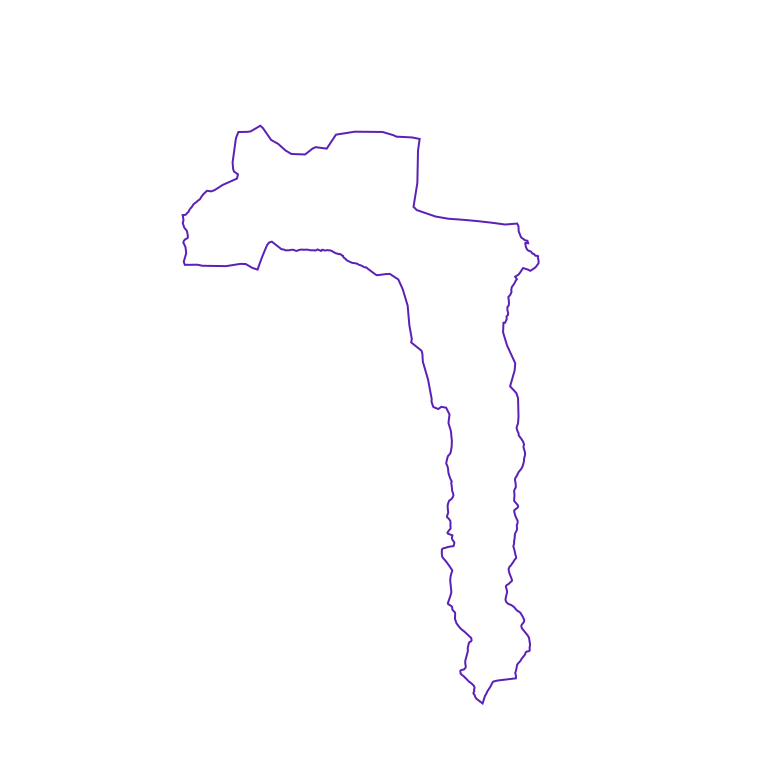 the district of Pietrosita, Dâmbovita, Romania, rotated 209°
{"feature_id": "2599482B72915231289183", "entity_name": "Pietrosita", "entity_type": "district", "adm_level": 2, "iso_a3": "ROU", "parent_name": "Romania", "parent_adm1": "Dâmbovita", "projection": "albers", "projection_center": [25.417, 45.214], "detail": "fine", "context": "isolated", "style": "outline", "palette": "violet", "viewbox_px": 768, "rotation_deg": 209, "n_neighbors": 0, "source": "geoboundaries", "source_scale": "gbopen_adm2", "svg_char_len": 6154}
<svg xmlns="http://www.w3.org/2000/svg" viewBox="0 0 768 768"><g transform="rotate(209 384 384)"><path d="M632.5,467.2L634.0,462.4L634.4,459.9L634.5,458.6L634.5,457.2L634.7,456.0L635.9,453.6L636.1,452.3L637.1,450.7L637.8,448.4L637.9,447.5L637.8,446.5L638.4,443.6L638.6,442.1L638.5,439.4L639.0,438.4L639.3,436.5L639.9,435.5L642.0,434.1L641.0,433.0L638.8,430.1L638.5,429.2L638.3,427.6L637.8,427.0L634.6,424.0L631.2,422.6L630.3,422.0L627.7,418.9L626.7,417.1L626.6,416.5L626.6,416.2L627.8,414.5L628.4,412.7L628.4,411.9L628.1,410.5L627.7,410.0L627.0,409.7L623.9,407.4L620.4,402.5L618.4,393.8L616.0,391.7L604.9,397.9L600.1,399.4L579.3,410.5L567.9,419.4L563.1,421.9L555.5,421.7L550.0,422.8L551.2,429.5L552.2,436.2L553.0,442.9L553.6,448.8L553.1,452.0L551.1,454.1L539.0,452.2L538.5,452.3L537.2,453.0L534.9,453.2L531.9,454.9L531.0,455.6L530.3,456.3L528.6,457.3L527.8,457.6L526.3,457.6L524.9,458.1L523.3,460.0L521.5,461.5L519.9,462.2L516.2,464.3L514.7,464.9L513.1,465.3L510.2,467.0L508.9,467.3L508.2,468.0L507.8,468.9L507.3,469.5L506.0,469.5L505.1,469.8L504.0,469.7L503.5,469.9L503.3,470.4L503.3,471.3L503.1,471.4L502.2,471.8L501.0,471.9L499.9,472.4L498.4,473.7L497.2,474.1L495.9,474.7L494.0,475.1L492.7,474.9L489.1,475.0L488.4,475.4L486.5,475.6L485.9,476.2L484.9,476.4L483.7,476.3L483.4,476.0L483.0,476.0L482.3,476.2L481.9,476.2L481.3,475.5L480.9,475.2L479.8,474.9L478.6,474.8L476.7,474.2L474.5,474.2L470.7,474.5L466.1,476.2L463.9,476.1L461.3,476.6L457.8,476.6L455.8,477.4L454.5,477.0L444.6,475.7L443.2,475.7L442.2,476.2L436.9,480.1L435.7,481.1L434.6,481.6L432.4,483.1L422.2,482.4L413.6,476.0L401.3,464.0L390.4,447.8L381.6,437.0L380.3,433.5L367.3,431.3L365.2,429.2L360.8,422.3L347.7,409.3L335.0,394.0L334.0,391.8L331.6,389.4L329.6,387.8L324.4,388.4L322.8,391.8L318.2,393.4L311.9,389.1L309.6,383.3L308.6,381.0L303.3,375.9L301.5,373.7L300.0,371.3L297.2,367.4L294.5,362.1L292.7,357.1L292.5,355.8L292.5,354.4L293.1,352.3L292.7,349.8L292.1,348.0L291.7,346.3L291.0,344.6L288.7,342.9L286.6,340.6L285.2,338.3L283.3,336.2L279.5,332.9L277.4,331.5L277.2,329.9L275.9,328.4L272.4,323.4L270.2,321.5L269.3,320.3L269.0,318.3L269.1,316.6L269.5,315.4L270.2,314.1L270.4,313.2L270.0,310.4L269.3,308.3L268.0,306.2L265.5,302.7L264.8,298.9L264.4,298.2L262.5,297.7L259.7,296.5L258.5,294.8L257.3,292.4L255.8,290.2L255.8,289.1L256.1,287.9L256.4,285.8L256.3,284.5L255.6,284.1L250.9,284.8L250.6,284.6L250.2,282.6L249.5,281.7L248.1,280.6L246.6,280.1L245.6,279.4L245.0,277.8L244.6,275.9L247.3,273.9L249.1,272.4L251.2,270.1L252.5,269.0L253.1,268.0L253.0,267.0L251.1,263.5L249.4,261.2L247.7,260.3L243.5,258.8L238.6,256.5L234.1,254.2L233.6,253.3L233.3,251.0L232.5,248.2L231.6,245.8L230.5,243.7L224.2,234.7L223.3,231.3L221.9,223.3L221.6,222.8L220.7,222.6L217.5,222.4L216.8,222.3L215.7,221.2L215.0,220.0L213.7,219.4L211.2,218.6L210.5,217.8L208.0,212.9L204.5,209.8L200.2,207.9L197.9,207.1L193.2,206.3L184.5,204.1L183.1,202.2L183.2,200.9L184.1,199.7L184.1,198.5L182.9,194.0L181.1,190.9L178.7,181.2L177.2,178.6L175.7,176.9L175.3,176.0L175.2,174.7L175.6,173.4L176.0,172.8L177.8,171.2L178.1,170.5L178.1,170.0L177.7,169.3L176.8,168.2L176.2,167.6L171.9,166.9L170.6,166.4L169.1,166.1L165.8,165.0L162.1,164.5L158.8,163.5L157.4,162.1L157.3,161.7L157.2,160.8L157.0,160.1L156.1,159.1L156.1,157.5L155.7,156.7L155.3,156.4L154.1,156.0L152.3,154.4L150.5,153.5L142.9,152.4L144.5,160.4L144.5,160.8L144.3,161.9L144.3,162.5L144.5,164.0L144.6,165.2L144.2,170.6L144.4,175.8L144.1,176.8L140.8,179.8L126.0,190.5L126.6,192.1L129.2,195.0L129.4,196.4L130.0,198.7L131.1,201.9L131.4,203.2L131.3,204.7L130.7,206.7L130.5,207.8L130.4,209.6L130.4,211.0L129.6,214.8L129.6,216.5L129.9,217.4L129.9,218.1L129.4,219.2L127.6,220.8L127.4,221.4L127.9,222.6L128.9,224.0L129.3,225.6L129.9,226.9L134.1,232.3L136.3,233.7L145.0,237.2L146.2,238.4L146.8,239.5L146.8,240.2L146.4,242.9L146.3,244.0L146.7,245.0L147.3,245.9L150.4,248.1L154.0,250.1L155.4,250.3L157.6,250.3L160.5,251.3L161.8,251.9L165.4,252.4L168.7,251.9L171.2,252.5L172.2,253.2L173.1,254.2L173.7,255.5L175.4,261.6L175.8,262.3L179.2,265.9L179.3,266.8L179.1,267.8L178.1,269.4L176.7,273.9L176.8,274.3L177.9,275.4L182.8,279.5L184.3,281.1L185.3,282.6L185.5,283.7L185.6,285.1L185.1,286.7L184.7,290.5L184.5,294.1L184.1,295.5L184.2,296.1L184.6,296.8L186.1,298.2L189.4,302.0L191.5,304.0L192.2,304.8L193.0,307.9L193.9,309.2L194.8,312.1L196.1,314.8L196.7,316.3L196.9,317.6L197.0,320.6L197.4,321.8L199.4,324.8L199.7,326.9L200.3,328.3L200.9,329.2L204.1,331.4L206.1,333.2L208.6,336.0L208.8,336.6L208.7,337.3L207.3,340.3L207.2,340.9L207.3,341.8L207.7,342.5L208.5,343.0L213.2,344.7L213.9,345.5L214.6,346.9L215.6,349.3L216.4,350.7L218.0,353.0L218.5,354.1L218.7,355.8L218.6,357.4L219.3,358.7L221.0,361.3L223.0,363.6L223.4,364.7L223.5,366.2L223.3,367.7L223.6,371.9L222.8,376.3L222.9,379.3L224.1,384.3L225.1,386.1L226.4,390.7L227.6,392.6L231.4,396.4L231.9,397.6L232.2,399.0L233.9,400.6L234.8,401.3L236.9,402.4L241.3,404.4L242.4,406.1L244.7,407.8L246.8,410.0L247.1,410.8L247.7,414.6L250.5,420.6L259.9,436.6L263.8,440.2L272.6,443.1L276.3,459.2L279.3,465.8L295.0,477.3L304.9,486.9L309.2,495.5L307.8,496.3L308.1,500.1L309.6,502.6L309.0,504.6L310.1,506.6L311.8,508.3L313.4,511.2L313.0,513.0L313.7,514.9L315.1,517.2L317.4,520.3L316.8,523.2L317.1,526.4L318.2,527.7L319.2,530.6L318.7,535.5L318.9,538.3L318.6,540.1L321.3,541.4L319.4,544.9L319.0,547.4L318.6,552.8L313.9,553.8L310.9,553.9L308.1,559.3L307.4,564.2L307.4,564.6L308.6,566.8L310.8,569.3L311.2,570.5L311.7,570.6L313.7,569.6L316.1,570.5L317.3,570.0L319.9,571.1L321.6,570.7L323.0,570.7L324.4,571.2L326.2,572.5L328.6,575.4L328.6,576.1L326.2,577.0L328.0,578.8L330.3,578.1L335.2,578.7L340.2,582.8L342.8,587.1L345.3,588.9L355.4,582.2L368.7,577.0L381.9,571.5L394.8,565.8L407.7,559.8L420.0,555.5L439.7,552.0L444.1,553.3L452.3,576.0L467.5,604.8L471.6,615.6L478.9,613.3L493.2,606.3L496.3,606.2L507.5,603.7L531.9,590.5L546.9,578.8L548.2,562.1L558.6,558.0L560.6,555.3L564.3,546.5L576.5,540.3L583.4,540.5L593.0,542.7L601.0,542.7L613.9,549.1L617.4,549.9L623.1,540.3L625.4,538.5L633.5,533.8L632.7,527.3L623.9,504.5L620.3,499.0L618.2,497.1L613.4,496.6L612.2,492.4L621.6,479.9L626.2,471.4L628.5,468.7L632.5,467.2Z" fill="none" stroke="#5b21b6" stroke-width="2"/></g></svg>